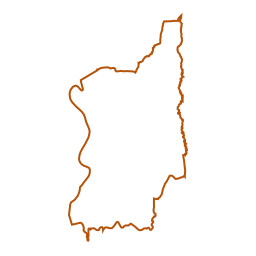 the district of Tan Thanh, Bà Rịa - Vũng Tàu, Vietnam
{"feature_id": "81297802B41485876419304", "entity_name": "Tan Thanh", "entity_type": "district", "adm_level": 2, "iso_a3": "VNM", "parent_name": "Vietnam", "parent_adm1": "Bà Rịa - Vũng Tàu", "projection": "equal_earth", "projection_center": [107.136, 10.589], "detail": "fine", "context": "isolated", "style": "outline", "palette": "amber", "viewbox_px": 256, "rotation_deg": 0, "n_neighbors": 0, "source": "geoboundaries", "source_scale": "gbopen_adm2", "svg_char_len": 5798}
<svg xmlns="http://www.w3.org/2000/svg" viewBox="0 0 256 256"><path d="M185.3,154.7L185.7,153.3L185.9,153.2L186.0,153.3L185.9,153.9L186.0,154.1L186.5,153.5L186.3,153.0L186.5,152.2L186.3,151.4L186.0,151.1L185.9,150.0L186.2,149.8L186.8,150.3L187.0,150.0L186.6,149.0L186.3,147.1L186.1,147.0L185.7,147.3L185.7,146.4L185.2,146.2L184.8,145.6L184.9,145.4L185.5,145.1L186.0,143.9L185.8,143.9L185.3,144.5L184.9,144.6L185.0,143.5L184.5,142.9L184.4,142.2L183.9,141.4L184.0,141.2L184.6,141.4L184.4,140.8L184.4,140.4L184.6,140.3L185.1,140.5L185.1,140.0L184.6,139.6L184.5,138.9L184.2,138.6L183.8,137.2L183.0,137.0L183.0,136.7L183.3,136.3L183.7,136.3L184.0,135.5L183.6,134.9L183.7,134.2L183.5,132.7L183.4,132.4L183.1,132.4L182.9,133.2L182.6,133.4L182.5,133.2L182.7,132.6L181.9,132.8L181.8,132.6L182.4,132.2L182.5,131.5L182.4,131.1L181.6,130.2L181.7,127.6L182.0,127.7L182.1,128.7L182.4,128.5L182.6,128.1L182.0,126.3L182.5,125.4L182.3,123.1L182.9,120.8L183.0,120.0L182.8,119.7L182.0,119.8L181.7,118.9L181.0,118.1L180.5,117.8L180.5,117.0L180.3,116.5L180.3,115.7L179.8,114.7L179.8,113.8L179.2,113.9L179.0,113.2L178.8,113.0L178.3,113.6L178.0,113.5L178.0,113.0L178.1,112.7L179.2,112.4L178.8,112.1L178.9,111.8L179.2,111.7L179.1,110.9L179.2,110.2L178.3,109.8L177.6,109.0L177.8,108.2L177.7,107.2L178.6,106.3L179.2,104.5L180.0,104.1L180.3,103.5L181.0,103.4L180.7,102.1L180.8,101.4L181.2,101.1L181.7,101.5L182.5,101.6L182.4,101.3L182.0,100.7L182.6,100.5L182.6,99.3L182.0,98.8L181.9,97.9L182.1,96.8L182.7,97.1L182.7,95.8L182.2,96.1L181.6,95.5L181.8,94.7L181.1,94.0L181.2,93.3L180.5,93.2L180.6,92.6L180.1,92.1L180.6,91.8L180.6,91.6L179.8,90.3L178.6,87.8L179.9,85.6L179.8,85.3L179.4,85.4L179.3,85.2L180.0,84.6L180.0,83.7L180.4,83.5L180.6,83.2L180.6,82.6L180.2,82.2L181.2,81.2L180.8,81.0L181.3,80.3L181.0,80.0L181.2,79.3L180.6,79.3L180.5,78.9L180.9,78.7L181.3,78.8L181.7,78.3L181.7,77.8L182.2,77.3L182.7,77.1L182.7,76.4L182.9,76.4L182.5,76.0L182.3,76.6L181.8,74.9L181.8,74.5L182.3,74.2L182.3,73.4L182.6,73.3L182.5,73.1L182.2,73.2L182.7,72.4L182.6,72.1L182.2,72.1L182.6,71.4L182.7,71.1L182.4,70.8L182.6,69.9L182.0,69.7L181.7,68.8L181.3,68.2L181.3,67.5L181.0,66.5L181.1,66.1L181.3,66.3L181.4,66.1L181.2,65.4L181.4,64.3L181.1,63.3L181.8,61.7L181.8,60.7L182.1,59.7L181.8,58.7L181.3,58.1L181.1,57.0L180.4,56.3L179.6,53.9L178.1,52.3L177.8,50.8L177.5,50.3L177.4,49.9L177.7,47.3L178.1,46.6L179.3,46.0L180.7,44.2L181.2,43.9L181.2,42.9L182.0,41.1L181.8,39.1L182.0,38.2L181.5,37.3L181.3,36.2L181.5,34.9L181.3,33.0L181.0,32.1L181.1,30.9L180.7,29.9L181.0,29.4L181.3,27.7L181.1,27.4L181.4,27.1L181.3,25.9L181.7,25.3L181.5,24.5L181.8,23.7L180.0,21.4L180.3,19.8L181.1,17.9L181.3,15.4L179.7,17.0L178.5,18.5L178.2,19.3L178.0,20.9L172.8,20.9L171.7,21.2L164.1,21.4L163.1,23.7L163.0,25.1L162.4,27.0L162.3,29.6L160.7,34.5L160.7,36.4L160.3,39.4L160.4,42.2L160.0,43.3L159.5,43.8L157.4,44.2L156.8,44.8L154.6,45.4L154.4,45.8L154.5,46.4L154.0,46.5L154.1,47.0L153.8,47.1L153.4,48.3L152.9,48.2L152.9,51.0L152.4,51.9L152.0,52.1L152.1,53.3L151.9,53.6L151.7,53.7L151.1,53.6L150.7,54.4L149.9,54.6L149.3,55.8L148.9,56.2L148.3,55.9L147.9,56.4L146.6,56.2L146.2,56.7L145.4,56.8L143.3,59.5L142.6,61.1L140.8,62.1L140.0,62.0L139.2,62.9L138.5,62.8L138.5,63.6L138.6,64.6L138.4,66.8L137.0,68.9L135.4,72.6L133.8,71.6L132.2,71.4L126.7,71.1L123.1,71.3L121.5,70.9L118.3,71.3L116.1,71.3L115.4,70.5L115.2,68.9L114.6,68.3L113.8,68.0L112.6,68.0L110.4,68.4L109.1,67.7L107.7,67.3L102.8,67.7L100.7,68.1L98.6,69.2L97.3,69.5L97.5,70.2L80.9,80.1L81.1,82.2L82.9,89.0L82.8,89.7L82.5,90.2L81.8,90.5L80.9,90.0L78.2,87.0L77.1,86.1L75.9,85.7L74.5,86.0L72.9,86.8L71.0,89.3L70.4,90.4L69.9,92.0L69.6,94.1L70.0,97.7L70.8,100.1L72.3,102.4L76.5,106.9L80.3,110.3L82.1,112.1L83.9,114.7L84.8,116.8L86.1,121.8L88.7,127.9L89.4,129.8L89.6,131.9L89.2,134.7L88.3,137.8L85.1,144.0L82.0,149.2L80.5,152.2L79.6,154.9L79.3,156.8L79.1,158.5L79.1,159.6L79.7,161.6L80.3,162.7L81.8,164.4L83.9,165.8L86.5,166.7L89.0,167.9L89.7,169.1L89.9,170.0L89.7,173.3L88.9,175.7L87.7,177.5L83.4,183.0L81.9,185.2L80.1,187.0L79.6,190.7L79.3,191.9L77.9,195.6L75.3,199.1L74.0,200.4L71.6,201.9L70.9,202.7L70.6,203.4L70.2,204.6L69.0,215.0L72.0,224.7L80.1,222.8L80.7,222.8L81.4,223.1L82.3,224.0L83.1,225.4L83.7,227.2L83.7,228.7L83.8,229.5L83.6,230.5L84.3,231.3L84.5,231.8L86.0,232.7L87.0,233.9L87.3,235.0L86.7,236.5L87.2,237.8L87.5,240.1L87.7,240.5L88.0,240.6L88.3,240.6L88.5,239.8L88.5,239.3L88.0,238.0L88.6,235.2L88.4,233.0L88.5,230.9L88.4,229.6L88.5,229.0L88.8,228.6L90.0,228.5L90.5,229.4L91.1,228.8L92.0,228.4L94.0,228.3L96.9,230.1L98.1,230.2L99.0,229.9L99.1,229.3L99.8,228.0L100.4,227.5L101.9,227.1L102.2,227.2L102.8,228.3L103.1,229.2L103.1,230.2L104.1,228.4L105.2,227.5L106.9,227.4L109.7,228.2L110.7,228.3L112.0,228.0L112.9,227.3L114.9,224.8L116.6,222.3L117.1,221.9L118.1,222.2L118.4,222.5L120.9,227.0L121.6,227.6L123.0,227.5L124.4,226.0L125.4,225.5L128.6,225.4L130.7,223.7L130.9,223.7L135.4,226.9L137.9,229.3L139.3,230.1L140.7,230.2L141.3,230.1L142.6,229.5L143.8,228.5L145.5,228.3L146.5,228.6L148.1,227.7L148.4,227.7L149.0,228.1L149.9,229.6L150.9,229.9L151.2,229.8L152.2,228.6L152.8,227.5L152.8,227.1L152.7,226.5L151.8,225.3L151.6,224.8L151.9,223.9L152.8,222.9L153.3,221.9L153.1,221.3L152.0,220.8L152.1,219.8L152.6,218.3L153.8,217.1L154.0,216.5L154.9,216.6L155.4,216.1L155.6,215.6L155.4,213.7L154.8,213.5L154.2,212.9L153.7,211.6L153.7,210.5L153.5,210.0L154.0,207.2L153.9,201.6L154.0,198.5L155.7,199.0L156.9,198.9L157.9,199.1L157.9,198.7L159.8,197.2L161.7,194.4L162.9,189.2L165.1,183.6L166.8,181.3L169.6,175.9L170.9,175.6L171.9,175.7L173.4,176.7L174.3,177.8L175.8,179.0L178.7,178.4L181.5,177.2L182.6,177.2L183.8,176.1L184.3,176.0L184.8,176.6L184.9,173.6L185.2,170.4L184.5,165.2L184.2,161.6L183.1,155.2L183.5,155.0L184.0,155.1L184.6,154.7L184.9,155.0L185.0,154.5L185.3,154.7Z" fill="none" stroke="#b45309" stroke-width="2"/></svg>